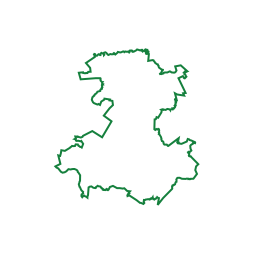 Satevó, Chihuahua, Mexico, rotated 144°
{"feature_id": "50627088B42337074746811", "entity_name": "Satevó", "entity_type": "district", "adm_level": 2, "iso_a3": "MEX", "parent_name": "Mexico", "parent_adm1": "Chihuahua", "projection": "orthographic", "projection_center": [-106.204, 27.759], "detail": "fine", "context": "isolated", "style": "outline", "palette": "green", "viewbox_px": 256, "rotation_deg": 144, "n_neighbors": 0, "source": "geoboundaries", "source_scale": "gbopen_adm2", "svg_char_len": 5786}
<svg xmlns="http://www.w3.org/2000/svg" viewBox="0 0 256 256"><g transform="rotate(144 128 128)"><path d="M149.2,48.3L140.7,50.7L128.2,52.8L127.8,53.0L126.8,54.7L126.3,55.1L125.7,55.4L125.2,54.9L124.4,55.2L124.0,54.8L123.0,54.8L121.6,56.0L121.0,56.2L120.4,56.0L119.4,57.3L119.2,57.9L117.9,58.5L117.3,58.6L115.5,57.4L114.2,55.2L111.4,53.0L110.2,52.5L109.1,51.6L109.2,51.2L108.7,51.0L108.1,50.2L107.6,50.0L107.4,50.2L104.9,48.5L99.2,50.3L98.3,54.4L95.5,56.9L92.4,57.4L93.9,67.4L93.8,67.9L94.5,68.5L94.4,68.9L95.1,69.4L94.9,70.1L93.9,70.8L93.4,71.4L93.9,72.4L93.8,73.1L92.7,73.1L91.6,72.3L90.0,72.5L89.5,74.7L88.1,77.0L87.0,77.3L85.4,77.2L84.3,77.7L84.1,77.5L84.3,77.1L82.9,77.0L82.6,76.4L82.3,76.6L82.1,77.1L84.2,80.8L85.2,82.0L85.2,82.8L86.1,84.0L88.4,82.5L93.5,83.6L94.1,83.8L96.7,86.4L96.6,87.2L96.3,87.1L96.1,86.7L95.6,86.8L95.8,87.1L95.5,87.9L95.8,88.1L95.6,88.4L94.8,88.8L94.3,88.7L92.9,90.0L105.8,89.8L106.0,90.4L106.3,90.4L106.4,91.8L108.3,93.2L108.4,94.3L107.6,95.9L107.7,96.9L108.2,97.5L107.6,99.5L107.2,99.7L106.6,101.4L106.4,103.7L106.6,104.7L106.2,104.7L105.9,106.0L105.5,106.0L105.4,106.5L104.4,107.4L103.7,108.8L104.1,109.6L105.3,109.6L105.7,110.5L107.1,110.4L107.4,111.5L101.4,119.3L100.4,118.8L99.4,119.3L98.5,120.0L97.6,118.6L91.8,121.0L90.2,122.6L90.4,123.3L89.1,122.9L88.5,122.3L88.6,121.8L88.0,121.6L86.9,120.5L85.0,120.3L83.7,119.0L83.3,118.2L83.3,117.6L82.8,118.1L81.5,117.5L80.9,116.7L80.1,117.0L80.1,117.5L79.3,116.9L79.1,117.2L78.0,117.1L77.3,117.5L77.2,118.2L76.9,118.0L76.4,118.8L75.9,118.6L75.6,119.6L74.8,120.0L74.5,120.8L74.0,120.5L73.5,121.2L73.2,121.3L73.4,122.2L73.2,122.5L73.4,123.3L73.1,123.6L72.5,123.7L72.1,123.1L72.6,120.8L69.6,128.5L68.5,126.2L63.5,121.2L63.0,123.7L60.8,122.5L57.9,138.6L53.1,137.7L53.1,136.4L53.4,135.8L53.2,135.1L52.9,134.8L50.6,135.2L50.6,136.3L50.2,137.6L50.7,138.5L49.9,139.5L49.3,139.4L49.9,140.0L48.4,140.3L46.7,139.3L48.5,147.7L53.6,150.1L55.0,146.0L56.9,145.3L58.1,145.6L60.1,147.4L60.6,148.9L61.0,149.3L63.5,149.8L65.8,151.4L66.7,151.7L67.2,151.3L69.3,152.0L69.4,152.3L71.0,153.1L68.8,153.1L66.9,154.2L65.9,154.3L65.6,154.6L66.4,155.5L67.4,158.6L67.1,159.9L66.7,160.3L66.8,161.2L66.5,161.9L67.1,162.6L67.8,165.1L67.5,166.1L67.8,167.3L67.6,167.8L68.2,168.5L72.2,170.4L67.6,175.6L67.3,177.1L66.5,177.8L66.9,178.6L67.2,178.6L68.5,176.5L69.2,176.8L69.7,177.3L69.4,178.5L68.9,179.1L68.2,179.3L67.3,179.0L66.6,179.3L66.4,179.8L67.2,180.4L67.4,181.2L67.9,181.3L67.9,180.6L68.9,180.2L70.5,181.6L71.2,181.3L71.3,181.8L70.7,182.2L70.5,182.8L71.2,183.3L71.6,183.0L72.0,183.1L72.4,183.7L73.1,184.2L73.2,184.6L74.5,186.2L75.5,186.0L78.6,186.4L79.4,186.9L79.0,187.4L79.2,188.2L79.5,188.6L80.1,188.6L80.6,189.4L81.1,189.6L81.8,189.4L82.2,188.5L82.7,188.4L83.0,189.8L84.0,190.2L85.1,191.4L86.4,191.5L86.4,192.3L86.9,192.8L89.1,193.3L89.9,193.7L91.5,195.5L92.4,195.1L95.1,194.9L95.3,195.4L95.0,195.8L95.3,196.9L95.8,196.9L96.5,196.4L97.8,197.1L98.8,198.2L100.9,198.6L101.2,199.2L101.4,201.6L101.9,202.6L103.2,203.0L103.5,202.9L104.1,202.4L104.1,201.2L104.6,201.1L104.3,201.6L104.5,202.9L105.3,204.4L106.3,204.3L107.4,203.2L107.8,203.5L107.9,204.3L108.5,205.0L110.6,204.7L111.7,205.5L111.2,207.0L111.7,207.7L112.4,207.4L112.3,206.3L113.0,205.5L113.1,205.0L123.8,205.3L123.3,198.9L125.2,195.5L127.2,196.8L128.5,196.3L129.1,196.6L129.4,197.1L130.6,197.5L132.0,199.0L131.7,199.5L135.3,201.6L137.7,195.2L124.9,187.3L121.1,184.5L121.3,183.7L121.8,183.4L122.3,182.5L122.1,180.4L121.8,180.2L122.1,180.1L122.5,179.6L122.4,179.3L122.9,178.9L122.6,178.4L122.9,178.4L122.9,178.0L123.2,178.2L124.0,178.0L124.3,177.4L124.3,177.0L124.9,176.5L124.9,176.0L125.4,175.9L125.9,175.2L126.3,175.6L126.9,175.2L127.8,175.2L128.7,174.3L131.4,175.3L133.2,174.6L134.9,174.7L136.2,174.0L136.7,174.3L137.3,173.9L138.7,173.8L140.7,172.1L141.2,169.4L140.9,168.1L139.0,165.0L137.7,164.7L137.7,164.3L137.1,163.1L134.1,165.1L130.6,164.9L129.8,165.6L125.9,161.7L126.7,161.2L124.7,159.1L126.7,155.4L131.3,154.8L140.3,152.2L137.4,143.1L137.6,143.0L154.4,135.7L158.7,146.5L169.0,148.1L170.0,147.6L171.7,148.0L173.2,149.7L173.6,150.6L174.1,150.5L174.5,151.2L175.6,152.1L176.3,150.2L177.7,150.4L177.0,149.4L177.5,148.4L177.1,147.7L175.8,147.0L174.1,145.0L173.4,145.0L173.6,141.5L176.9,139.4L177.1,140.1L177.9,140.9L178.0,141.8L178.5,142.6L178.3,143.1L178.5,143.6L178.3,144.2L180.0,145.5L181.5,144.6L182.8,145.4L183.8,146.4L184.7,146.2L185.9,146.3L186.7,146.1L192.5,146.6L195.0,149.2L197.3,146.9L199.3,145.3L200.5,146.8L203.8,138.7L209.3,139.6L209.1,138.0L208.2,136.4L208.0,132.0L207.2,130.3L205.2,129.4L203.4,129.2L200.4,129.7L198.7,128.1L197.3,127.6L195.4,126.3L194.2,124.3L194.0,123.1L194.5,121.9L194.3,121.4L194.5,117.9L197.9,113.4L198.6,113.2L200.0,111.9L200.8,111.5L201.8,108.9L201.6,108.5L202.2,105.9L202.3,104.7L201.9,102.7L202.4,102.4L202.7,101.5L204.6,101.5L205.2,100.9L205.7,100.3L205.7,98.9L203.9,99.3L203.3,99.2L203.3,98.7L202.3,97.2L201.8,95.5L201.1,96.4L199.8,97.2L194.8,103.1L193.4,103.0L191.9,102.2L191.2,100.1L189.8,98.6L189.1,98.5L188.7,99.0L186.5,99.0L186.4,98.5L184.7,96.8L184.8,95.5L184.5,94.8L184.7,94.6L184.2,93.7L184.4,93.5L184.2,93.1L184.6,92.8L184.4,92.4L182.8,91.1L182.4,91.4L182.0,91.1L181.0,91.2L180.8,90.6L181.1,89.9L180.8,89.5L179.8,89.6L177.3,90.9L174.2,90.0L172.2,85.8L169.8,84.0L167.9,82.1L166.4,81.4L165.7,77.6L163.6,75.6L165.4,75.2L165.4,74.4L166.6,74.6L168.1,73.9L168.4,73.2L166.6,72.8L163.5,64.6L162.3,60.4L161.6,59.9L160.2,57.5L159.1,57.7L159.1,58.1L158.8,58.7L158.6,58.7L158.6,59.2L157.4,60.4L156.6,59.7L156.0,59.8L153.4,58.5L152.5,57.3L151.7,57.3L151.4,57.4L151.4,57.7L151.1,57.7L150.7,57.5L150.4,56.8L149.9,57.1L149.6,56.7L149.3,57.2L148.8,57.4L149.2,56.7L148.8,55.8L149.0,55.1L148.7,54.6L148.2,54.7L146.7,54.4L145.9,54.9L145.3,54.6L145.0,54.8L144.8,53.8L144.2,53.1L149.2,48.3Z" fill="none" stroke="#15803d" stroke-width="2"/></g></svg>